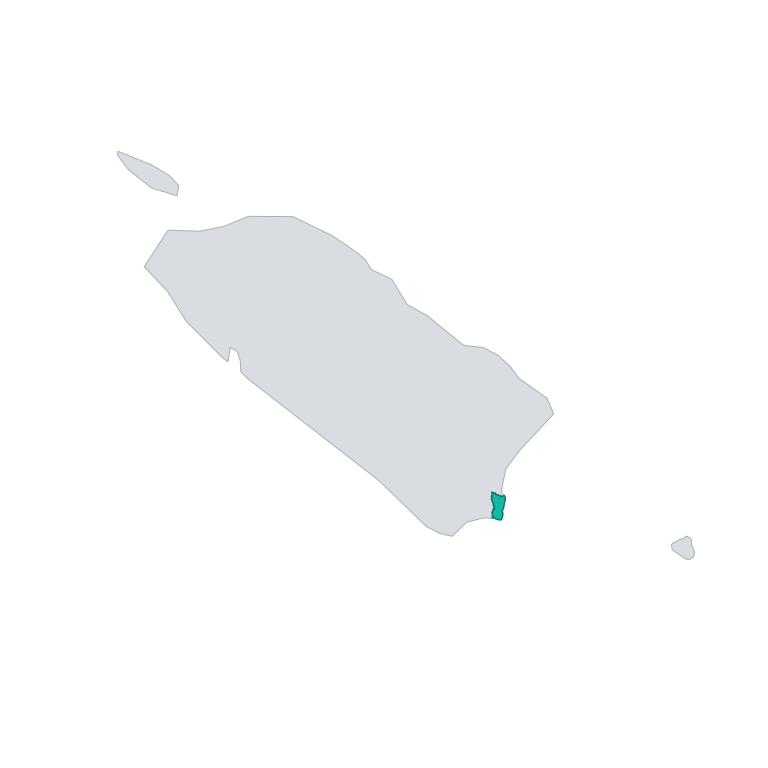 location of Rincón, Puerto Rico, rotated 216°
{"feature_id": "32010507B13421931783932", "entity_name": "Rincón", "entity_type": "district", "adm_level": 2, "iso_a3": "PRI", "parent_name": "Puerto Rico", "parent_adm1": "", "projection": "natural_earth1", "projection_center": [-67.225, 18.337], "detail": "fine", "context": "in_parent", "style": "filled", "palette": "teal", "viewbox_px": 768, "rotation_deg": 216, "n_neighbors": 0, "source": "geoboundaries", "source_scale": "gbopen_adm2", "svg_char_len": 2124}
<svg xmlns="http://www.w3.org/2000/svg" viewBox="0 0 768 768"><g transform="rotate(216 384 384)"><path d="M513.5,317.9L521.7,324.1L529.8,323.2L523.3,310.3L529.2,310.3L580.3,318.3L613.1,331.5L646.9,337.9L649.1,381.6L623.1,399.1L606.2,417.4L592.4,439.8L556.0,465.9L512.1,473.7L482.9,474.4L472.0,473.5L461.4,469.1L439.3,473.3L412.1,461.9L388.7,464.7L342.3,462.0L325.0,471.9L308.3,474.2L292.0,472.3L278.1,467.9L243.7,468.3L229.2,459.6L235.2,409.8L235.7,387.3L227.3,368.7L218.0,357.0L211.3,343.2L224.8,334.1L235.9,320.8L239.4,300.8L251.5,295.9L265.8,293.6L331.5,302.9L497.7,308.2L507.2,309.8L513.5,317.9ZM701.2,424.6L680.3,426.5L666.7,423.9L662.1,414.6L687.4,405.9L717.0,407.2L733.9,412.4L736.0,415.9L701.2,424.6ZM49.2,439.0L46.7,439.3L44.2,439.0L43.0,438.1L41.3,435.2L33.7,430.5L32.0,426.2L33.7,421.6L36.8,419.8L52.2,419.3L53.8,419.7L56.9,422.9L56.9,425.1L55.4,427.3L52.7,432.8L51.6,434.2L50.7,435.6L50.3,438.1L49.2,439.0Z" fill="#d9dde1" stroke="#a8b0b8" stroke-width="1"/><path d="M217.9,339.5L217.4,339.9L216.3,340.2L212.1,341.2L209.6,342.7L209.3,343.9L210.0,346.1L210.3,346.6L211.1,348.0L212.0,349.4L212.1,349.5L212.9,349.9L213.0,349.9L213.9,351.3L213.9,351.5L214.2,353.1L214.2,353.5L214.3,353.8L214.9,355.0L216.0,357.3L216.5,358.4L216.6,358.6L216.8,358.9L217.4,360.4L217.5,360.4L217.7,361.0L218.7,363.0L219.4,363.7L221.6,364.5L222.3,362.4L222.9,361.7L223.0,361.6L223.3,361.9L223.4,362.0L224.3,361.9L224.6,361.5L226.2,361.5L226.9,361.0L227.5,360.8L227.8,360.3L228.5,360.2L229.3,361.1L230.0,361.1L230.9,360.6L231.1,359.9L231.6,359.8L231.8,360.1L232.9,360.0L233.2,359.9L232.9,359.4L232.3,359.4L231.7,358.5L231.2,357.3L231.2,356.2L230.0,355.9L229.3,355.3L229.5,353.9L228.9,353.5L228.2,353.4L227.5,353.0L227.3,352.7L226.8,352.2L225.9,352.2L225.4,351.9L225.2,351.0L224.7,350.5L224.3,350.5L223.8,350.1L223.1,350.1L223.2,349.3L223.1,349.0L222.3,349.2L221.6,348.0L221.1,348.1L221.3,347.4L221.6,347.7L221.7,347.1L222.0,347.0L221.9,346.0L220.9,344.1L221.3,343.7L220.9,343.2L220.6,343.4L220.3,343.3L219.9,342.6L218.9,341.8L219.0,341.1L218.5,341.2L218.0,340.6L217.9,339.5Z" fill="#14b8a6" stroke="#0f766e" stroke-width="1.5"/></g></svg>